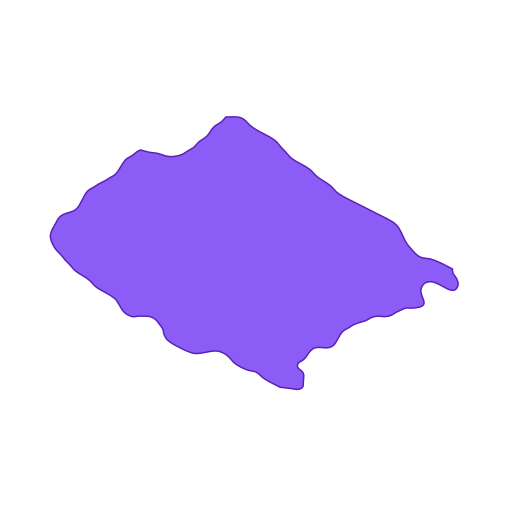 the district of Laguna Salada, Valverde, Dominican Republic, rotated 297°
{"feature_id": "3306468B11652899938830", "entity_name": "Laguna Salada", "entity_type": "district", "adm_level": 2, "iso_a3": "DOM", "parent_name": "Dominican Republic", "parent_adm1": "Valverde", "projection": "equal_earth", "projection_center": [-71.094, 19.659], "detail": "fine", "context": "isolated", "style": "filled", "palette": "violet", "viewbox_px": 512, "rotation_deg": 297, "n_neighbors": 0, "source": "geoboundaries", "source_scale": "gbopen_adm2", "svg_char_len": 3328}
<svg xmlns="http://www.w3.org/2000/svg" viewBox="0 0 512 512"><g transform="rotate(297 256 256)"><path d="M150.0,337.0L153.4,346.3L155.5,352.6L156.7,354.7L157.5,355.6L159.2,356.8L160.2,357.1L162.1,356.9L165.6,355.2L169.6,353.6L171.5,352.7L173.1,351.3L173.7,350.3L174.1,349.3L175.1,345.1L175.5,344.2L176.2,343.3L177.0,342.7L177.9,342.4L179.8,342.4L180.7,342.7L184.3,344.9L186.3,345.8L188.6,346.4L194.5,347.2L196.8,347.8L199.0,348.8L200.0,349.4L201.7,351.2L203.0,353.3L204.1,355.6L205.5,359.3L206.7,361.5L208.3,363.4L210.1,364.9L212.3,365.9L214.6,366.3L224.3,366.8L227.8,367.4L230.0,368.4L234.8,371.6L239.0,374.1L242.0,376.7L246.8,381.7L248.7,383.5L253.7,386.9L255.4,388.6L257.6,391.6L260.2,397.8L262.2,401.0L264.7,403.5L269.7,406.6L276.9,412.3L278.2,414.1L280.4,418.7L282.6,422.2L285.0,425.3L286.9,426.8L287.9,427.2L289.0,427.4L290.1,427.2L291.1,426.7L292.8,425.3L297.2,420.6L299.2,419.0L300.3,418.5L302.6,417.8L304.9,417.7L307.3,418.2L308.4,418.7L309.4,419.4L311.1,421.2L312.5,423.5L313.0,424.8L313.3,426.3L313.7,429.2L313.8,432.2L313.6,441.1L313.8,443.9L314.5,446.4L315.1,447.6L316.0,448.5L317.0,449.1L319.1,449.6L321.3,449.4L323.5,448.5L324.4,447.8L326.8,445.2L328.0,443.2L329.6,440.0L330.3,439.2L331.9,437.9L333.6,437.0L333.7,425.1L333.2,416.9L332.4,412.3L330.7,407.4L329.9,405.0L329.7,403.6L329.7,400.7L329.9,399.3L330.6,396.8L333.9,388.1L335.1,385.5L337.5,381.7L342.9,374.7L345.5,371.0L346.9,368.4L347.4,366.9L348.2,363.7L348.5,360.4L348.7,355.3L348.5,311.8L348.6,306.7L349.0,301.7L349.6,298.5L351.9,292.2L352.6,289.4L353.1,286.2L353.9,278.1L354.3,274.9L355.1,272.0L356.9,267.1L357.6,264.3L358.2,259.5L358.6,248.0L359.2,243.2L360.0,240.4L362.5,234.3L364.3,229.0L366.9,222.9L367.6,220.1L368.1,217.0L368.3,213.8L368.5,200.6L368.9,195.8L369.7,191.2L371.8,185.2L372.3,182.6L372.3,179.8L371.7,177.0L370.1,173.4L366.2,166.1L361.1,164.7L358.9,163.8L354.0,160.8L351.9,159.9L349.6,159.3L342.5,158.3L340.2,157.7L338.0,156.8L333.1,153.9L330.9,153.0L326.4,151.8L324.1,151.0L318.3,147.3L314.1,144.9L312.0,143.2L310.1,141.2L307.5,137.8L306.0,135.3L304.9,132.6L304.1,129.7L303.2,123.9L302.6,121.1L299.9,113.6L298.0,104.8L294.8,102.6L289.4,100.1L284.6,97.0L282.4,96.0L278.6,95.3L268.3,94.5L264.6,93.5L262.6,92.4L258.7,89.8L254.6,87.4L248.9,83.2L244.7,80.8L239.9,77.6L237.7,76.6L235.3,76.0L232.7,75.8L221.1,75.5L218.6,75.2L216.1,74.5L215.0,74.0L212.8,72.5L207.1,66.8L205.1,65.1L203.0,63.9L199.6,62.8L187.7,62.4L183.9,62.7L181.4,63.3L179.0,64.5L176.0,67.2L173.4,70.5L171.2,74.2L170.1,76.9L168.3,82.1L165.6,88.2L163.9,93.5L161.4,99.6L160.7,102.4L160.2,105.3L159.5,114.3L159.0,117.3L158.3,120.0L156.1,126.2L155.5,129.3L155.2,134.2L154.8,144.0L154.1,148.8L153.7,150.3L152.5,153.0L147.2,161.3L146.1,164.0L145.7,165.4L145.5,166.8L145.3,169.6L145.6,172.3L145.9,173.5L146.9,175.6L149.3,178.9L153.0,186.6L153.9,189.1L154.2,192.0L153.9,194.9L153.1,197.4L149.3,205.1L147.9,206.8L145.3,208.8L143.7,210.4L141.7,213.4L141.1,214.7L140.4,217.6L140.0,220.8L139.8,224.0L139.7,230.6L139.9,237.2L140.4,242.0L141.1,245.1L142.4,247.9L144.0,250.5L150.3,258.7L152.7,262.4L153.9,265.2L154.3,266.7L154.7,269.6L154.7,272.6L154.3,275.5L153.5,278.2L151.1,284.3L150.5,287.2L150.2,290.2L150.1,294.7L150.4,299.2L150.9,302.0L152.3,306.7L152.6,309.0L152.3,311.3L150.7,317.3L150.3,320.2L150.0,326.3L150.0,337.0Z" fill="#8b5cf6" stroke="#5b21b6" stroke-width="1.5"/></g></svg>